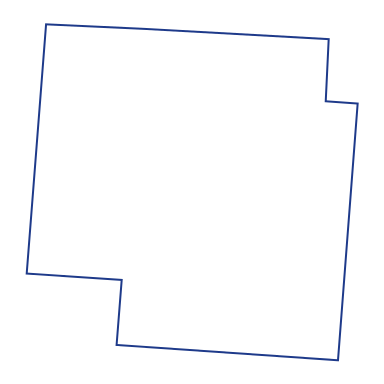 the district of Macon, Missouri, United States of America, rotated 3°
{"feature_id": "52423323B33706621992499", "entity_name": "Macon", "entity_type": "district", "adm_level": 2, "iso_a3": "USA", "parent_name": "United States of America", "parent_adm1": "Missouri", "projection": "equal_earth", "projection_center": [-92.511, 39.822], "detail": "fine", "context": "isolated", "style": "outline", "palette": "blue", "viewbox_px": 384, "rotation_deg": 3, "n_neighbors": 0, "source": "geoboundaries", "source_scale": "gbopen_adm2", "svg_char_len": 288}
<svg xmlns="http://www.w3.org/2000/svg" viewBox="0 0 384 384"><g transform="rotate(3 192 192)"><path d="M352.8,95.0L320.8,94.4L320.5,32.2L135.4,31.6L37.5,32.2L31.2,282.1L126.4,283.5L124.7,348.7L345.7,352.4L346.6,352.4L352.8,95.0Z" fill="none" stroke="#1e3a8a" stroke-width="2"/></g></svg>